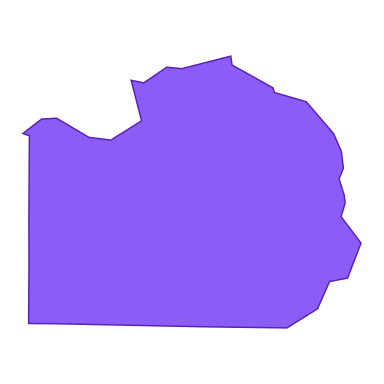 the district of Marion, Tennessee, United States of America
{"feature_id": "52423323B8492210965079", "entity_name": "Marion", "entity_type": "district", "adm_level": 2, "iso_a3": "USA", "parent_name": "United States of America", "parent_adm1": "Tennessee", "projection": "albers", "projection_center": [-85.609, 35.151], "detail": "fine", "context": "isolated", "style": "filled", "palette": "violet", "viewbox_px": 384, "rotation_deg": 0, "n_neighbors": 0, "source": "geoboundaries", "source_scale": "gbopen_adm2", "svg_char_len": 545}
<svg xmlns="http://www.w3.org/2000/svg" viewBox="0 0 384 384"><path d="M23.0,133.4L29.4,135.9L28.9,216.5L29.0,266.7L28.6,323.5L51.9,323.7L54.7,323.7L200.0,326.7L234.9,327.2L286.9,327.9L317.5,308.8L329.5,281.6L347.6,278.0L361.0,243.1L341.1,216.7L345.1,203.3L344.2,195.1L339.0,178.8L343.4,168.2L341.3,151.3L333.6,133.7L306.3,101.8L274.4,92.5L273.0,87.9L232.0,65.0L230.8,56.1L181.7,68.7L166.8,67.2L143.7,82.9L131.2,80.3L141.6,120.8L110.8,140.1L88.8,137.3L56.5,118.2L41.5,119.1L23.0,133.4Z" fill="#8b5cf6" stroke="#5b21b6" stroke-width="1.5"/></svg>